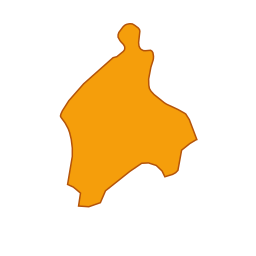 map outline of Monastir (Mercator projection), rotated 120°
{"feature_id": "TUN-117", "entity_name": "Monastir", "entity_type": "Governorate", "adm_level": 1, "iso_a3": "TUN", "parent_name": "Tunisia", "parent_adm1": "", "projection": "mercator", "projection_center": [10.678, 35.624], "detail": "fine", "context": "isolated", "style": "filled", "palette": "amber", "viewbox_px": 256, "rotation_deg": 120, "n_neighbors": 0, "source": "natural_earth", "source_scale": "10m", "svg_char_len": 1100}
<svg xmlns="http://www.w3.org/2000/svg" viewBox="0 0 256 256"><g transform="rotate(120 128 128)"><path d="M103.6,62.6L104.4,63.3L110.6,66.7L120.4,70.5L139.7,63.6L142.9,64.4L145.9,66.2L151.8,71.7L148.2,77.0L146.3,84.8L148.0,92.8L151.7,98.5L164.6,104.7L193.6,116.1L206.5,114.6L215.8,122.6L220.3,131.8L208.1,136.6L206.5,145.8L207.1,152.1L180.5,162.0L173.2,166.2L166.3,171.4L161.2,176.2L158.5,179.4L155.0,185.1L152.3,191.3L151.4,192.5L149.2,193.1L145.9,193.4L133.9,192.9L111.9,188.5L74.6,176.1L71.8,173.3L64.1,170.4L62.2,170.1L60.5,170.7L59.2,171.6L58.4,172.9L57.9,173.8L56.8,177.5L56.1,179.0L54.3,182.0L52.2,183.2L49.8,183.7L43.1,182.9L41.9,182.6L40.3,182.0L38.9,181.0L37.7,179.7L36.7,178.4L35.9,176.7L35.7,176.2L35.7,173.7L36.2,169.3L37.0,167.3L38.3,166.1L48.6,161.6L51.4,159.6L52.6,158.0L53.4,156.2L53.3,153.4L52.4,151.6L49.4,147.3L49.5,145.6L50.4,144.0L53.1,141.8L55.0,140.8L56.7,140.2L63.9,138.6L75.3,134.6L80.5,131.4L83.1,129.2L84.7,126.4L86.0,122.2L88.0,109.2L88.1,106.4L87.0,94.1L86.9,86.7L87.0,85.0L90.1,79.1L102.8,63.6L103.6,62.6Z" fill="#f59e0b" stroke="#b45309" stroke-width="1.5"/></g></svg>